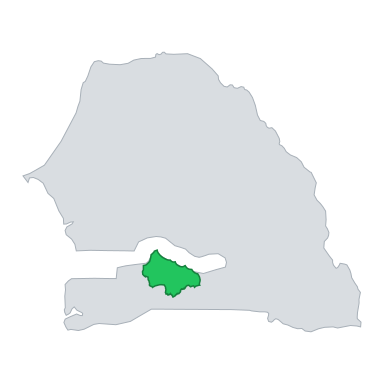 location of Medina Yoroufoula, Kolda, Senegal
{"feature_id": "50182788B71056203552440", "entity_name": "Medina Yoroufoula", "entity_type": "district", "adm_level": 2, "iso_a3": "SEN", "parent_name": "Senegal", "parent_adm1": "Kolda", "projection": "natural_earth1", "projection_center": [-14.81, 13.235], "detail": "fine", "context": "in_parent", "style": "filled", "palette": "green", "viewbox_px": 384, "rotation_deg": 0, "n_neighbors": 0, "source": "geoboundaries", "source_scale": "gbopen_adm2", "svg_char_len": 7980}
<svg xmlns="http://www.w3.org/2000/svg" viewBox="0 0 384 384"><path d="M311.2,172.4L316.3,182.8L315.2,187.7L314.1,194.9L317.0,200.2L320.4,203.6L322.9,206.8L325.6,211.1L326.1,219.8L325.6,226.0L327.4,228.8L328.9,232.4L328.6,235.4L327.6,238.0L324.3,241.5L323.8,248.0L329.2,255.8L332.6,260.1L332.6,262.5L333.5,265.2L336.1,268.3L337.6,267.6L339.3,265.1L340.1,263.3L344.7,264.1L346.9,264.9L349.8,270.0L350.9,273.4L351.7,277.7L354.8,283.0L357.4,286.8L358.0,289.2L360.4,292.4L359.0,299.4L359.1,303.0L357.5,312.5L357.2,317.0L357.3,318.7L361.0,322.1L360.6,326.9L356.9,326.0L350.5,325.5L337.6,328.0L333.1,326.9L324.7,327.3L318.7,328.7L311.0,331.8L305.1,331.0L301.9,328.5L297.6,328.7L292.9,327.4L287.8,325.0L283.2,323.8L278.2,319.5L275.8,318.7L274.2,319.8L272.8,321.3L271.4,322.2L268.6,321.4L267.6,318.4L268.5,315.5L268.7,313.4L267.4,312.2L264.4,311.8L259.5,311.8L251.5,310.9L249.7,310.3L231.9,309.6L213.4,309.5L197.8,309.4L178.1,309.3L164.2,309.2L151.3,309.2L141.3,315.0L130.4,321.4L115.9,324.7L99.1,323.5L93.8,324.4L88.2,327.2L84.1,329.2L78.4,330.5L70.9,329.4L67.9,330.1L66.0,327.2L63.9,322.5L65.2,319.1L69.8,316.9L76.6,314.0L80.2,315.5L82.3,315.6L82.7,313.7L82.0,312.7L76.9,310.2L74.2,306.9L72.0,308.9L70.1,312.9L68.5,314.1L66.2,315.3L64.8,312.5L64.3,309.8L65.3,307.7L64.8,296.1L65.5,289.9L65.1,284.5L68.4,280.9L71.5,278.7L83.4,278.5L94.6,278.3L105.3,278.5L116.2,278.6L117.3,267.8L120.8,266.9L125.9,265.8L135.6,264.5L146.3,263.2L148.6,261.1L150.4,257.5L151.5,254.3L153.7,252.9L156.8,254.0L160.7,255.7L164.8,258.3L169.5,260.7L172.6,262.2L180.1,266.0L192.9,271.4L203.4,273.5L216.2,269.6L225.4,267.1L226.5,262.4L225.1,257.9L218.2,253.7L208.9,254.2L206.0,255.3L201.7,256.7L199.1,257.3L194.7,256.3L189.1,252.7L185.6,249.1L180.7,247.4L174.9,245.7L165.6,238.2L160.7,236.9L156.1,236.5L147.3,237.9L138.6,241.9L134.1,251.0L125.4,250.8L107.0,250.6L90.2,250.3L76.3,250.9L74.9,244.3L71.6,239.1L66.2,234.7L65.1,230.5L66.9,226.9L72.1,223.9L73.3,221.8L70.5,222.1L66.4,224.0L63.7,224.1L63.4,218.4L58.9,211.0L53.8,198.5L48.0,193.4L43.2,183.2L38.1,179.4L33.4,177.5L29.5,177.9L28.0,182.5L23.0,175.9L29.8,173.5L44.4,165.2L61.1,141.3L76.1,112.9L78.0,106.3L79.9,101.2L81.1,89.6L83.2,82.7L85.3,81.4L87.8,76.1L90.9,66.9L94.3,61.7L98.2,60.7L101.2,61.1L103.4,63.1L109.6,64.2L120.1,64.7L128.1,63.3L133.8,60.1L141.3,58.5L150.6,58.4L155.5,57.1L155.9,54.4L157.1,53.6L159.1,54.7L160.9,54.2L162.6,52.3L164.3,52.2L166.0,53.9L173.8,54.3L187.6,53.7L200.4,58.6L212.1,68.9L218.2,75.9L218.5,79.3L220.5,82.8L224.0,86.3L227.2,87.0L230.1,84.8L232.4,85.0L234.1,87.7L237.4,88.3L241.1,86.6L243.8,87.2L244.3,88.8L244.9,89.6L246.7,90.0L249.1,92.1L252.5,97.6L255.3,105.3L257.5,115.1L260.3,120.5L263.8,121.4L265.8,123.4L266.2,125.7L267.3,127.3L269.0,128.2L271.9,127.7L275.4,131.0L279.2,138.3L279.8,141.5L279.2,143.3L279.4,144.6L281.9,145.8L284.2,148.2L286.2,151.7L290.3,154.9L296.7,157.6L301.3,161.8L304.1,167.3L309.9,171.9L311.2,172.4Z" fill="#d9dde1" stroke="#a8b0b8" stroke-width="1"/><path d="M149.4,285.6L149.5,285.4L149.8,285.7L150.0,285.6L150.3,285.8L150.4,286.0L150.6,286.1L150.8,286.2L150.9,286.3L151.1,286.3L151.3,286.5L151.5,286.5L151.8,286.6L152.1,286.7L152.3,287.0L152.6,287.1L152.7,287.3L153.0,287.0L153.4,286.8L153.9,286.6L154.0,286.5L154.3,286.4L154.5,286.2L155.1,285.9L155.5,285.8L155.8,285.8L156.0,285.6L156.7,285.5L157.2,285.4L157.4,285.3L157.8,285.2L158.1,285.1L158.9,284.9L159.1,284.9L159.5,284.7L159.8,284.7L160.2,284.7L160.4,284.7L160.6,284.7L161.1,284.6L161.5,284.7L161.8,284.7L162.1,284.7L162.2,284.8L162.4,284.8L162.6,284.8L162.9,284.8L163.2,284.8L163.7,284.9L163.9,284.9L164.2,285.0L164.3,285.0L164.5,285.6L164.7,285.8L165.0,286.1L165.2,286.4L165.5,287.2L165.6,288.0L165.6,288.6L165.8,288.9L165.9,289.2L165.9,289.8L165.8,290.3L165.7,290.6L165.8,291.0L165.7,291.2L165.6,291.6L165.4,292.5L165.6,292.8L165.7,293.1L165.9,293.3L166.0,293.8L166.1,294.1L166.6,293.9L166.8,293.7L167.0,293.6L167.2,293.8L167.3,294.3L167.6,294.5L167.7,294.8L167.9,295.0L168.1,294.9L168.4,294.7L168.6,294.6L168.7,294.4L168.8,294.4L168.9,294.6L169.0,294.5L169.3,294.6L169.5,294.6L169.8,294.1L170.1,294.0L170.2,293.9L170.2,294.0L170.3,294.1L170.5,293.9L170.7,294.1L170.9,294.1L171.0,294.2L171.2,294.6L171.3,294.7L171.7,294.9L171.8,295.1L172.0,295.2L172.2,295.3L172.2,295.6L172.5,295.9L172.6,296.5L172.8,297.0L173.0,297.0L173.1,296.9L173.3,296.9L173.5,296.7L173.8,296.6L174.0,296.5L174.5,296.1L174.8,296.0L175.1,295.9L175.3,295.6L175.4,295.4L175.4,295.2L175.6,295.0L175.9,294.9L176.0,294.7L176.3,294.7L176.6,294.6L176.7,294.1L176.8,294.0L176.9,293.7L177.0,293.6L177.2,293.9L177.3,294.0L177.5,293.9L177.7,293.6L178.0,293.8L178.2,293.7L178.3,293.7L178.4,293.4L178.8,293.4L178.8,293.5L179.0,293.5L179.1,293.2L179.5,292.9L179.6,292.6L179.9,292.5L180.1,292.2L180.3,292.0L180.3,291.9L180.5,291.7L180.5,291.4L180.4,291.3L180.4,291.0L180.4,290.7L180.5,290.5L180.6,290.2L180.8,290.1L181.0,289.8L181.0,289.5L181.1,289.4L181.4,289.4L181.7,289.2L182.0,289.3L182.1,289.2L182.0,288.9L182.3,288.9L182.4,289.0L182.6,289.2L182.9,289.0L183.1,289.0L183.3,288.9L183.5,288.7L183.5,288.8L183.7,289.1L183.8,289.1L184.0,289.1L184.4,288.7L184.7,288.6L184.8,288.5L184.8,288.3L185.0,288.2L185.1,287.9L185.2,287.7L185.3,287.5L185.3,287.4L185.5,287.4L185.6,287.2L185.8,286.9L185.8,286.7L186.2,286.3L186.3,286.1L187.1,285.5L187.4,285.6L187.7,285.6L187.9,285.4L188.1,285.4L188.6,285.2L188.8,285.2L189.2,285.6L189.3,285.6L189.6,285.8L189.9,286.3L190.4,286.7L190.7,286.8L191.0,286.6L191.8,286.3L192.2,286.1L193.0,286.0L193.4,285.8L193.6,285.9L193.9,286.1L194.0,286.2L194.3,286.8L194.4,287.0L194.5,287.3L195.1,286.8L195.4,286.5L195.8,286.2L196.1,286.1L196.4,285.9L197.5,285.7L198.0,285.5L198.5,285.4L198.9,285.2L199.7,285.2L199.5,284.7L199.4,284.1L199.5,283.0L200.0,281.1L200.0,280.9L200.1,280.2L200.1,279.6L200.0,279.4L199.9,278.9L199.7,277.8L199.6,277.6L199.5,277.0L199.0,276.1L198.6,275.3L198.2,274.7L197.9,274.1L197.8,273.9L197.3,273.9L197.0,273.8L197.0,273.7L196.9,273.7L196.4,273.5L195.7,273.2L195.3,273.0L195.0,273.0L194.5,272.5L194.2,272.4L192.9,271.2L192.5,270.5L192.2,270.2L192.0,269.8L191.8,269.6L191.7,269.4L190.8,269.4L190.4,269.3L190.1,269.3L189.8,269.2L189.6,269.2L188.9,269.1L188.6,269.0L187.7,268.5L187.2,268.1L186.9,267.9L186.5,267.5L186.3,267.2L185.7,266.5L185.2,265.6L184.9,265.7L183.9,266.3L183.3,266.6L183.0,266.7L182.3,266.8L182.2,266.7L181.7,266.8L181.3,266.7L181.1,266.7L180.5,266.6L180.0,266.5L179.5,266.3L179.4,266.1L178.9,265.9L178.6,265.7L178.4,265.6L178.2,265.5L177.9,265.3L177.0,264.8L176.8,264.5L176.4,264.1L176.0,263.6L175.9,263.5L175.5,262.6L175.4,262.4L175.3,262.2L175.2,261.8L174.3,262.0L173.7,262.0L173.3,262.0L172.8,261.9L172.3,261.8L171.4,261.2L170.7,260.6L170.3,260.1L170.1,260.0L169.5,260.1L168.1,260.0L167.6,259.9L166.8,259.6L166.6,259.5L166.1,259.3L165.9,259.2L165.4,258.9L165.2,258.9L164.9,258.7L164.2,258.3L163.0,257.7L162.7,257.4L162.1,257.1L161.9,256.8L161.6,256.6L160.8,255.9L159.8,254.9L159.3,254.3L158.8,253.6L158.3,253.1L157.9,252.3L157.6,251.8L157.3,250.7L157.1,250.1L156.8,250.3L155.5,250.7L154.3,251.2L154.1,251.9L152.9,253.2L152.7,253.3L151.9,254.2L151.8,254.3L151.2,254.6L151.1,255.3L150.6,258.1L150.3,259.1L150.1,260.1L149.9,260.6L149.9,260.8L149.7,261.2L149.5,261.7L149.3,261.8L148.4,262.8L147.1,264.0L146.3,264.7L145.6,265.1L144.5,265.3L143.4,265.5L143.4,265.9L143.4,266.3L143.4,267.2L143.4,267.9L143.4,268.6L143.4,268.9L143.4,269.7L143.3,270.0L143.2,270.2L143.2,270.4L143.1,270.5L142.9,270.8L142.7,271.0L142.6,271.3L142.5,271.5L142.5,272.0L142.6,272.8L142.7,273.3L142.7,274.0L142.8,274.4L142.9,274.5L143.1,274.7L143.4,275.0L143.6,275.4L143.7,275.5L143.8,275.6L144.3,275.8L144.5,276.1L144.9,276.2L145.1,276.4L145.1,276.6L145.4,276.8L145.5,276.6L145.5,276.3L145.6,276.2L145.9,276.3L146.4,276.5L147.0,276.8L147.5,276.9L147.9,277.2L148.1,277.2L148.1,277.6L148.1,277.8L148.2,278.1L148.1,278.4L148.1,278.7L148.1,279.1L148.2,279.7L148.3,279.8L148.3,280.0L148.9,280.8L149.1,281.4L149.3,282.5L149.5,283.1L149.6,283.5L149.5,284.3L149.4,284.7L149.4,285.4L149.4,285.6Z" fill="#22c55e" stroke="#15803d" stroke-width="1.5"/></svg>